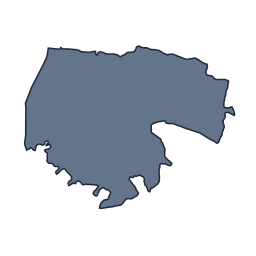 Atsa, Al Fayyum, Egypt (Albers equal-area conic projection), rotated 186°
{"feature_id": "37247803B59509070430414", "entity_name": "Atsa", "entity_type": "district", "adm_level": 2, "iso_a3": "EGY", "parent_name": "Egypt", "parent_adm1": "Al Fayyum", "projection": "albers", "projection_center": [30.709, 29.208], "detail": "fine", "context": "isolated", "style": "filled", "palette": "slate", "viewbox_px": 256, "rotation_deg": 186, "n_neighbors": 0, "source": "geoboundaries", "source_scale": "gbopen_adm2", "svg_char_len": 5747}
<svg xmlns="http://www.w3.org/2000/svg" viewBox="0 0 256 256"><g transform="rotate(186 128 128)"><path d="M99.5,67.3L99.1,69.3L98.6,70.8L97.8,70.9L97.1,71.1L95.7,72.5L93.7,74.3L92.0,76.5L91.7,77.2L91.4,78.1L91.5,81.7L91.9,84.0L92.2,85.2L92.4,87.5L92.8,89.0L92.8,89.7L92.7,90.6L92.5,91.1L92.2,92.0L92.3,93.0L92.5,93.6L92.5,94.6L92.3,95.1L91.7,95.9L90.6,95.9L89.4,96.1L88.3,96.1L86.9,96.0L85.4,95.7L84.3,95.2L82.7,94.9L82.0,95.0L81.2,95.9L81.0,96.4L80.6,97.0L82.0,98.5L85.0,100.4L88.3,103.3L88.8,105.4L89.1,108.7L88.8,109.4L89.0,110.8L89.4,111.6L91.7,115.6L91.9,116.4L92.1,116.9L93.3,117.6L93.7,118.6L94.1,120.2L96.8,121.8L104.3,126.1L105.2,133.4L104.7,134.0L103.9,134.7L102.8,135.4L101.1,136.2L100.1,136.6L98.5,137.3L96.3,137.9L94.2,138.5L92.1,138.9L91.4,138.1L91.2,137.7L91.0,137.2L90.5,136.9L88.4,136.6L87.0,136.7L84.7,137.1L82.3,136.8L78.6,135.7L76.1,135.3L75.2,135.0L73.1,134.3L65.9,132.7L63.4,132.2L59.7,131.3L56.0,130.6L54.6,129.9L50.9,128.1L48.2,126.7L45.3,125.5L40.4,123.6L38.6,122.3L37.9,122.1L36.7,122.9L36.9,123.2L35.9,124.5L35.7,125.2L35.8,126.4L34.8,128.5L34.0,130.5L33.8,131.3L33.9,133.3L33.4,134.8L33.1,135.4L33.0,137.1L32.5,138.2L32.4,138.7L32.6,139.9L32.8,140.8L34.3,143.9L34.1,144.8L34.0,145.5L33.7,146.3L33.3,146.9L33.0,147.8L32.7,148.8L32.4,150.1L32.6,150.7L33.2,151.8L33.2,152.6L32.5,153.5L31.0,153.9L29.9,154.0L25.0,152.1L24.1,151.6L23.7,151.6L23.6,151.8L23.4,153.2L23.6,153.5L24.4,155.4L24.8,156.6L26.8,159.8L27.2,159.8L27.7,159.6L28.9,159.1L29.9,158.3L30.6,158.5L32.7,158.2L34.5,158.9L35.0,160.1L35.1,160.8L35.3,163.4L34.9,165.7L35.1,167.9L34.7,169.3L34.5,170.0L34.3,172.8L34.3,174.4L34.2,175.8L33.9,176.7L33.4,177.4L33.1,178.8L33.2,181.1L32.8,184.4L33.1,185.3L33.7,185.3L33.8,185.6L36.5,186.4L44.2,185.6L44.8,185.2L47.9,186.5L48.4,187.4L48.9,187.7L49.1,187.9L49.8,188.2L50.2,188.5L50.6,188.7L52.6,188.6L55.1,189.1L56.0,190.2L56.2,191.3L56.5,192.7L56.3,193.2L56.2,194.1L55.8,194.6L55.7,195.1L55.4,196.5L55.4,197.1L55.8,198.6L56.0,199.7L58.1,199.9L61.8,201.4L63.3,202.2L64.5,203.0L68.1,204.5L69.6,204.4L71.4,203.8L76.6,202.4L78.3,202.6L87.8,205.2L89.8,205.8L90.7,206.1L92.6,205.9L93.1,205.9L94.1,205.7L95.9,205.1L97.1,205.1L98.0,205.2L99.6,205.8L101.0,206.3L103.8,207.8L105.6,208.4L108.2,208.5L108.9,208.7L113.3,208.5L114.2,208.7L115.4,209.0L116.8,209.6L119.1,209.7L121.0,209.3L122.2,209.6L125.8,210.3L125.9,210.7L127.7,209.8L128.2,209.0L128.3,207.6L128.6,206.9L129.4,205.3L130.4,204.4L132.2,203.8L133.4,203.6L134.4,203.4L136.3,203.2L137.4,202.4L137.7,201.7L139.0,200.6L140.8,199.7L142.1,198.8L142.8,198.2L143.7,198.2L145.3,199.2L146.4,199.7L147.9,199.8L149.5,200.1L150.6,200.1L152.8,199.7L155.4,199.4L158.3,199.6L158.7,199.8L160.2,200.4L163.3,200.9L164.2,200.7L165.7,199.6L166.0,198.1L166.5,197.1L168.0,198.3L168.0,200.2L168.6,200.9L172.2,199.9L173.9,199.3L175.5,199.2L177.6,199.0L179.9,199.1L181.8,199.0L185.0,199.8L185.0,200.1L187.8,200.5L196.2,200.3L199.5,200.0L200.6,199.8L203.5,200.9L203.6,199.3L208.7,199.1L212.0,199.2L215.6,199.1L216.0,191.2L216.7,188.4L219.0,181.9L224.5,167.6L228.2,158.1L232.6,142.0L231.5,136.3L230.4,124.0L229.0,109.8L229.2,101.3L226.5,95.4L226.2,95.9L224.1,96.7L223.8,97.1L223.3,97.8L223.1,98.1L222.6,98.3L221.9,98.0L221.2,97.5L219.9,96.3L218.9,95.9L218.2,95.9L217.8,96.6L217.7,97.3L217.8,99.6L217.1,101.1L216.6,101.7L216.1,102.1L214.9,102.6L213.7,102.7L212.8,102.5L211.4,102.0L210.7,102.1L209.7,102.8L209.4,103.7L209.2,104.2L209.1,105.3L208.6,105.8L207.9,106.2L207.3,106.6L206.3,106.6L205.5,104.9L206.2,104.3L207.2,103.4L207.6,103.0L207.5,102.0L207.2,102.0L206.7,102.2L205.8,102.6L205.3,102.9L204.8,103.1L204.1,103.2L203.6,103.0L203.0,102.0L203.1,100.9L203.5,100.0L204.6,99.0L205.3,98.6L206.0,98.6L206.7,98.4L208.6,97.2L208.0,96.0L207.3,95.5L206.4,95.1L205.7,94.4L205.3,93.7L205.4,92.1L205.4,91.1L205.0,88.6L205.3,86.8L204.5,86.0L204.2,85.5L203.5,85.0L202.6,84.7L200.3,84.8L199.8,84.6L199.4,84.5L198.9,84.3L198.5,84.0L198.0,83.3L197.8,82.8L197.2,82.3L196.7,82.1L195.8,82.2L193.7,82.4L193.0,82.3L192.9,81.7L192.8,80.7L193.0,80.0L193.3,79.1L195.0,77.3L195.3,76.1L194.9,75.6L194.0,74.7L193.2,75.4L192.5,76.0L192.0,76.7L191.6,77.2L191.3,77.6L189.8,79.6L188.4,80.3L187.6,80.7L186.5,80.6L186.0,80.2L185.6,79.7L184.9,78.9L184.0,78.0L181.8,76.2L180.6,75.2L179.4,74.0L179.3,73.7L179.1,73.3L178.7,70.9L179.2,70.3L180.7,69.1L181.5,68.0L181.8,66.6L180.9,64.7L180.4,64.7L179.9,64.9L179.0,65.8L178.0,66.5L177.7,66.9L177.1,67.1L176.8,67.3L174.3,67.2L174.2,67.6L173.5,69.1L172.9,69.7L172.0,70.1L171.5,70.1L170.1,69.4L168.6,68.4L167.7,67.2L167.2,66.9L165.9,67.0L165.4,67.3L164.7,67.5L163.0,67.6L161.8,67.8L160.6,67.7L159.3,67.9L157.9,67.9L156.7,68.0L153.6,67.9L152.7,67.9L152.0,67.6L151.8,67.1L151.8,66.6L152.7,64.3L153.2,63.6L154.9,61.6L155.6,60.5L155.7,59.1L154.1,57.4L152.7,57.1L151.5,57.7L151.3,58.0L151.2,59.3L150.9,60.3L149.4,64.2L146.9,65.9L145.8,66.1L145.5,65.9L143.8,64.6L142.8,64.3L142.6,64.4L141.8,64.6L141.2,64.3L140.5,63.8L139.6,63.3L139.2,63.0L138.9,62.5L138.7,61.8L138.7,61.1L138.8,60.4L139.0,60.0L139.6,58.4L139.9,57.6L140.2,56.0L140.4,55.3L141.2,54.5L142.4,54.5L144.2,53.8L144.8,53.4L146.5,51.2L147.5,49.1L147.8,47.5L147.9,46.8L147.9,45.9L148.0,45.4L146.1,45.3L145.4,45.5L137.7,47.5L135.7,47.9L134.5,48.3L131.1,49.5L129.3,49.9L126.6,50.9L125.3,52.7L123.8,55.1L123.3,56.0L122.4,57.1L120.4,57.9L119.7,57.7L118.3,57.8L117.1,58.0L115.9,58.7L114.5,60.0L112.7,61.1L111.6,62.2L111.1,63.3L110.8,64.5L111.4,65.2L113.6,67.7L113.9,68.9L115.0,70.3L115.8,71.1L117.4,72.6L119.2,74.7L120.7,76.0L121.4,77.0L120.8,79.5L120.1,79.5L117.6,79.3L116.8,81.0L116.1,81.1L115.1,80.7L111.4,82.3L109.9,81.8L108.1,81.0L106.8,79.8L106.4,79.1L106.2,78.4L106.5,76.8L105.2,73.2L103.9,72.1L103.2,71.2L102.6,70.0L102.1,68.6L101.7,67.8L100.6,67.1L99.9,66.8L99.5,67.3Z" fill="#64748b" stroke="#1e293b" stroke-width="1.5"/></g></svg>